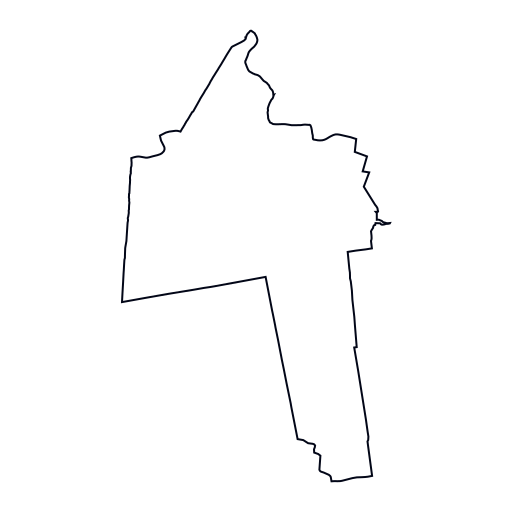 outline of Gostinari, Giurgiu, Romania
{"feature_id": "2599482B31604747226035", "entity_name": "Gostinari", "entity_type": "district", "adm_level": 2, "iso_a3": "ROU", "parent_name": "Romania", "parent_adm1": "Giurgiu", "projection": "equal_earth", "projection_center": [26.227, 44.159], "detail": "fine", "context": "isolated", "style": "outline", "palette": "ink", "viewbox_px": 512, "rotation_deg": 0, "n_neighbors": 0, "source": "geoboundaries", "source_scale": "gbopen_adm2", "svg_char_len": 5954}
<svg xmlns="http://www.w3.org/2000/svg" viewBox="0 0 512 512"><path d="M368.2,440.0L368.4,436.6L367.6,431.5L365.9,419.4L358.2,371.0L354.2,347.5L356.7,347.1L354.9,325.0L354.3,316.8L352.4,299.9L351.9,290.7L350.8,281.4L350.0,278.3L350.0,275.7L349.9,272.5L349.3,268.5L347.7,251.9L355.9,250.6L365.6,249.4L371.9,248.4L371.0,240.9L371.1,240.6L371.4,239.8L371.6,238.2L371.5,235.6L371.1,232.0L371.0,231.5L371.2,230.9L371.7,230.0L372.6,228.6L373.1,227.8L373.1,227.3L373.5,226.1L373.9,225.5L374.2,225.2L374.5,225.0L375.2,224.9L375.5,223.1L379.8,223.3L380.3,223.4L380.6,223.8L380.8,224.1L381.0,224.3L381.9,224.7L382.3,224.7L382.7,224.7L383.2,224.6L384.9,224.3L385.4,224.0L385.9,223.9L387.9,223.8L388.5,223.7L389.8,223.4L390.0,223.0L389.0,223.1L388.2,223.2L387.3,223.2L387.1,223.3L385.1,222.7L384.4,222.5L383.6,222.3L383.2,222.2L382.7,221.8L382.1,221.2L381.5,220.8L380.1,220.3L379.6,220.0L379.0,219.8L378.2,219.7L376.8,219.8L376.8,217.2L376.8,213.9L376.8,213.1L375.8,211.9L377.5,211.9L378.0,211.6L378.1,211.2L377.8,210.5L377.6,209.0L377.4,208.1L377.0,207.4L376.4,206.4L375.1,204.8L363.8,186.7L369.2,172.4L362.7,171.4L367.0,156.4L354.8,151.9L356.2,139.0L352.1,137.7L350.6,137.2L339.7,134.7L338.4,134.5L337.5,134.4L336.5,134.4L335.7,134.4L334.4,134.7L333.2,135.1L331.1,136.1L329.6,136.9L327.0,138.5L325.7,139.2L324.2,139.8L322.2,140.3L320.2,140.4L319.4,140.4L317.8,140.3L316.3,140.0L315.7,139.9L314.6,139.7L313.8,139.6L313.4,139.4L313.2,139.3L313.1,139.1L313.0,138.7L312.9,138.2L312.8,137.4L312.8,135.7L312.6,134.7L312.4,134.0L312.2,133.0L312.0,131.6L311.8,130.0L311.3,127.6L310.6,125.7L310.4,125.3L309.8,124.9L309.6,124.8L309.2,124.9L305.0,124.6L302.7,124.8L301.8,125.0L300.8,125.1L295.6,125.2L293.5,125.2L292.1,125.2L291.6,125.2L289.2,124.8L288.0,124.6L285.4,124.2L283.3,124.1L276.6,124.3L274.8,124.2L273.5,124.1L273.1,124.0L272.7,123.9L272.0,123.4L270.0,122.4L269.6,121.6L269.4,121.0L269.0,120.5L268.7,119.9L268.2,118.4L268.1,118.0L268.1,117.5L268.1,116.9L268.1,116.6L267.6,112.7L267.6,112.2L268.0,110.6L268.0,109.9L267.8,109.1L267.8,108.7L267.9,108.1L268.4,106.4L269.3,103.9L269.7,103.0L270.0,102.3L270.5,101.5L271.1,100.2L271.3,99.9L271.6,99.5L272.5,98.6L272.8,98.0L273.4,96.4L273.4,96.1L273.5,95.6L274.0,94.7L273.7,94.8L273.3,94.7L273.3,94.1L273.1,92.5L272.8,91.4L272.5,90.7L272.1,90.1L271.1,89.1L270.2,88.0L269.8,87.3L269.3,86.1L269.0,85.4L267.6,83.9L266.8,82.9L265.3,81.9L263.7,80.9L262.2,79.2L260.7,77.4L259.7,76.3L258.5,75.6L257.7,75.1L256.3,74.7L255.6,74.5L254.8,74.3L254.1,73.9L253.2,73.6L249.5,71.5L249.0,71.0L248.2,69.9L247.9,69.3L246.4,65.7L246.2,65.0L245.7,63.8L245.5,63.3L245.3,62.7L245.3,62.0L245.3,61.4L245.3,61.1L245.5,60.8L246.1,59.6L246.3,58.9L247.3,56.6L247.8,55.2L248.2,53.8L248.7,52.4L249.0,51.9L249.8,50.8L250.2,50.4L250.6,49.9L251.9,48.6L253.2,47.5L254.1,46.7L254.6,46.1L255.4,45.0L255.9,44.4L256.5,43.4L256.8,42.7L257.0,42.1L257.3,41.0L257.4,39.8L257.3,39.3L256.8,37.4L256.0,35.5L255.1,34.2L255.0,33.8L254.9,33.5L254.5,33.1L253.8,32.6L252.9,31.9L252.1,31.5L251.8,31.1L251.6,30.9L251.4,30.8L251.0,30.7L250.5,30.8L250.2,30.9L249.2,32.1L248.1,33.2L247.4,34.0L246.6,35.4L246.4,36.1L246.1,37.1L246.0,37.3L245.8,37.4L245.4,37.4L245.4,37.6L245.7,37.8L245.8,38.1L245.8,38.4L245.7,38.8L245.3,39.3L244.2,40.4L243.9,40.6L242.7,41.3L241.3,42.1L239.5,43.0L234.9,45.3L232.5,46.5L231.9,46.9L231.7,47.1L231.2,47.8L230.1,49.5L228.0,52.8L227.0,54.4L225.1,57.6L224.9,58.0L222.3,62.3L221.2,64.2L218.6,68.3L218.0,69.4L216.9,71.1L216.4,71.9L216.0,72.5L214.4,75.1L213.5,76.5L213.6,76.3L212.8,77.6L211.8,79.4L210.8,81.0L210.0,82.5L209.7,83.1L209.4,83.8L208.0,86.1L206.5,88.6L205.3,90.3L203.8,93.0L202.8,94.6L201.3,97.0L199.8,99.5L199.6,100.1L198.6,101.8L197.4,104.0L196.2,106.1L193.3,111.3L193.0,111.6L192.5,112.0L192.2,112.1L192.0,112.4L191.7,112.9L191.5,113.2L191.4,113.5L191.0,114.1L190.8,114.5L190.6,114.7L188.5,118.4L188.2,118.8L187.9,119.4L186.6,121.2L186.2,121.8L185.9,122.3L185.9,122.5L185.1,123.7L184.5,125.0L183.8,126.0L183.4,126.8L181.9,129.1L180.5,131.6L179.1,131.2L177.1,130.8L175.4,130.8L169.3,131.6L165.8,132.6L159.9,135.6L160.7,139.2L161.1,140.7L164.2,146.8L164.5,148.0L164.5,149.5L164.0,150.9L163.5,151.6L161.8,153.3L160.2,154.2L157.6,155.1L152.4,156.4L149.2,157.3L147.0,157.7L146.0,157.7L143.7,157.3L140.9,156.8L139.6,156.6L138.3,156.5L136.4,156.7L134.2,157.2L131.3,158.1L131.3,158.5L131.4,159.0L131.4,159.8L131.5,161.6L131.6,162.5L131.5,165.9L131.3,166.5L131.1,167.2L130.9,168.0L130.9,169.2L130.8,170.9L130.9,171.1L130.8,171.4L130.7,171.5L130.7,172.1L130.8,172.6L130.9,173.0L130.8,173.3L130.5,174.3L130.3,175.0L130.0,177.0L130.0,178.6L130.0,179.1L130.1,179.5L130.1,180.2L130.0,181.7L130.0,182.9L129.7,185.9L129.5,190.8L129.4,192.2L129.4,193.0L129.3,193.5L129.0,193.9L129.0,196.0L128.9,197.0L128.9,197.7L129.0,198.0L129.1,198.6L129.2,199.1L129.1,200.2L129.1,200.6L129.2,201.4L129.4,202.8L129.3,203.4L129.1,205.3L129.0,207.6L129.0,209.1L129.0,209.4L128.8,210.1L128.7,210.8L128.8,212.5L128.7,213.6L128.2,216.7L127.9,217.6L127.8,218.1L127.8,218.7L128.0,219.7L128.0,220.7L127.6,222.6L127.5,223.9L126.8,234.7L126.4,241.1L125.4,246.8L125.2,248.1L125.0,253.5L124.9,258.0L124.5,259.4L124.4,259.9L124.1,264.6L123.8,270.1L123.6,272.9L123.1,282.3L122.5,292.7L122.0,302.1L145.9,297.8L168.7,293.8L193.9,289.7L204.1,287.9L210.3,287.0L214.4,286.3L245.5,280.6L265.6,276.9L272.1,310.5L272.9,314.2L275.1,325.2L275.5,327.5L278.0,339.7L280.5,352.7L280.8,354.2L281.8,359.5L283.7,368.7L286.6,383.5L290.7,403.4L291.2,406.4L291.5,408.0L295.8,429.9L297.6,439.1L303.3,440.1L308.1,443.2L312.7,443.8L314.1,444.3L315.1,445.5L314.8,447.3L314.0,449.3L314.2,452.6L318.2,454.0L320.4,455.7L319.4,469.7L319.7,470.4L320.1,471.0L320.6,471.4L321.1,471.7L323.6,472.5L328.8,474.8L330.1,475.9L330.5,476.4L330.8,477.2L331.5,481.3L334.6,481.1L337.4,481.2L340.2,481.1L342.0,480.8L351.3,478.4L352.5,478.1L355.4,477.6L357.2,477.3L358.5,477.3L361.7,477.2L365.2,477.0L367.9,476.7L372.1,475.9L369.4,455.8L368.0,445.3L367.5,441.4L368.2,440.0Z" fill="none" stroke="#020617" stroke-width="2"/></svg>